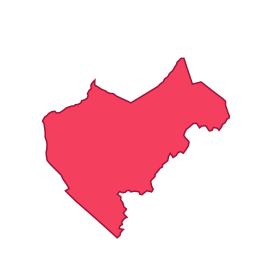 outline of Paranacity, Paraná, Brazil, rotated 42°
{"feature_id": "56859067B32403782577975", "entity_name": "Paranacity", "entity_type": "district", "adm_level": 2, "iso_a3": "BRA", "parent_name": "Brazil", "parent_adm1": "Paraná", "projection": "orthographic", "projection_center": [-52.138, -22.833], "detail": "fine", "context": "isolated", "style": "filled", "palette": "rose", "viewbox_px": 256, "rotation_deg": 42, "n_neighbors": 0, "source": "geoboundaries", "source_scale": "gbopen_adm2", "svg_char_len": 2017}
<svg xmlns="http://www.w3.org/2000/svg" viewBox="0 0 256 256"><g transform="rotate(42 128 128)"><path d="M195.3,51.2L192.9,50.2L185.6,46.1L182.6,42.9L178.9,42.8L170.2,43.6L151.5,44.9L146.5,52.3L131.3,43.7L125.2,40.1L122.9,38.8L120.8,40.8L120.5,46.3L121.5,48.2L122.0,51.8L122.8,54.7L122.4,59.8L123.3,63.1L122.4,67.0L123.3,70.0L122.5,73.7L122.4,77.2L113.4,107.3L98.2,112.0L94.2,112.3L91.1,114.5L88.7,115.4L86.7,115.4L84.1,116.4L82.2,117.0L78.6,117.6L74.4,118.3L71.3,114.6L71.2,117.5L71.5,120.4L72.8,122.0L74.4,123.4L74.0,126.0L74.9,129.7L76.8,130.6L77.8,133.3L76.7,136.6L75.3,138.6L76.2,141.2L74.9,144.3L73.4,145.7L73.0,148.0L71.3,149.6L70.3,151.5L68.8,154.2L68.3,157.2L67.5,160.6L66.8,162.7L64.7,164.7L62.4,164.5L60.4,167.1L59.4,170.2L59.5,172.8L58.8,175.3L59.2,177.7L59.9,180.1L62.7,180.9L64.6,182.6L67.9,185.3L70.1,187.4L72.8,190.4L76.8,192.6L78.5,194.0L80.4,196.2L81.9,198.3L83.4,200.8L86.1,203.4L89.7,206.2L94.6,206.9L110.0,207.7L112.8,209.0L114.9,209.7L120.5,211.0L124.7,212.4L123.5,216.6L137.9,217.2L165.6,216.8L176.9,216.8L183.0,216.8L193.5,216.8L193.8,213.0L192.4,210.7L192.4,206.5L188.7,208.7L187.6,206.2L188.4,203.5L186.2,202.2L185.9,199.3L186.1,197.0L187.0,195.0L184.1,194.9L181.6,194.4L181.2,189.3L177.9,189.4L173.7,186.8L171.0,186.5L168.6,183.9L164.3,184.3L164.4,180.8L167.4,179.6L168.9,177.7L169.1,175.4L170.6,173.5L172.8,173.6L175.2,170.5L178.7,168.1L181.1,169.3L183.0,168.2L184.0,162.0L188.3,159.7L187.7,156.7L184.5,155.4L182.5,154.0L180.4,152.3L180.3,150.0L180.6,146.2L179.1,144.0L179.0,139.2L178.7,136.7L179.6,134.0L178.2,131.9L178.8,129.5L179.3,125.5L177.2,122.2L176.3,118.6L179.2,119.1L181.2,119.8L182.1,116.3L181.7,112.5L183.0,110.3L186.0,109.8L185.6,106.1L184.8,100.9L182.7,97.5L179.3,97.0L177.0,96.9L174.2,96.1L173.1,93.1L172.3,90.0L172.9,86.3L173.5,81.0L175.9,78.6L181.1,80.0L181.5,77.1L184.4,74.3L188.1,75.3L190.5,75.7L192.0,73.5L191.2,70.4L194.6,68.4L197.2,68.8L196.9,65.5L195.9,61.7L196.6,58.9L195.6,55.3L196.4,53.0L195.3,51.2Z" fill="#f43f5e" stroke="#9f1239" stroke-width="1.5"/></g></svg>